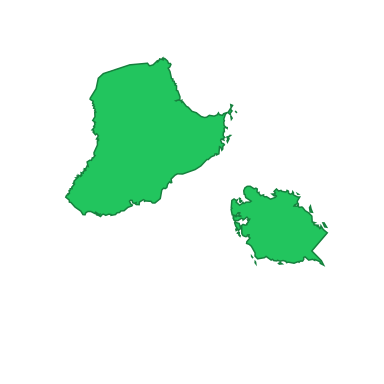 the district of Bombana, Sulawesi Tenggara, Indonesia, rotated 313°
{"feature_id": "22746128B28760414544557", "entity_name": "Bombana", "entity_type": "district", "adm_level": 2, "iso_a3": "IDN", "parent_name": "Indonesia", "parent_adm1": "Sulawesi Tenggara", "projection": "mercator", "projection_center": [121.865, -4.925], "detail": "fine", "context": "isolated", "style": "filled", "palette": "green", "viewbox_px": 384, "rotation_deg": 313, "n_neighbors": 0, "source": "geoboundaries", "source_scale": "gbopen_adm2", "svg_char_len": 6102}
<svg xmlns="http://www.w3.org/2000/svg" viewBox="0 0 384 384"><g transform="rotate(313 192 192)"><path d="M218.1,46.4L211.3,45.9L202.2,51.4L191.2,53.6L190.3,54.3L191.0,57.8L189.0,58.8L189.1,60.4L187.6,60.6L188.1,62.2L186.2,62.9L186.6,64.1L186.1,65.2L184.9,65.5L184.9,67.1L183.8,66.7L180.9,69.7L176.6,70.6L177.0,73.6L176.3,73.3L175.2,75.0L172.9,75.4L173.1,76.5L169.3,76.6L170.0,77.7L169.1,79.3L168.4,78.9L168.0,82.4L169.6,82.6L169.2,85.3L165.7,86.0L166.7,87.3L165.7,87.4L166.1,88.3L164.3,88.4L161.9,90.8L153.9,93.5L152.4,95.1L152.6,96.2L149.6,96.5L149.0,95.8L146.6,96.9L145.6,95.6L142.4,94.8L140.0,98.5L139.8,97.4L136.4,98.5L135.8,97.7L135.6,98.8L134.8,98.3L135.0,99.3L132.8,98.4L131.6,99.6L130.5,97.7L128.9,100.1L127.5,99.9L128.0,98.9L126.7,98.4L126.7,97.4L125.6,98.4L125.4,97.2L124.2,98.4L123.3,97.6L123.4,98.5L119.4,98.3L119.0,99.2L117.3,99.2L117.6,100.7L113.5,100.8L112.6,102.0L111.3,100.7L109.9,101.8L109.2,101.2L107.5,103.2L106.1,102.5L105.8,103.3L104.1,102.5L102.1,103.2L102.4,107.7L101.0,109.2L101.8,110.7L101.2,116.7L102.2,123.7L101.1,127.7L102.4,129.3L104.5,128.5L106.7,129.1L108.8,131.4L110.0,135.6L111.2,135.7L111.5,134.7L112.1,139.4L112.9,139.8L111.4,140.6L111.7,141.8L114.4,141.7L115.5,142.5L116.1,144.8L119.1,146.3L120.3,148.1L119.7,148.7L123.3,151.4L125.7,151.4L127.6,153.0L129.6,152.9L132.0,155.1L137.1,155.6L140.8,157.5L141.8,157.3L141.4,155.4L142.6,152.5L144.0,152.6L145.0,153.9L143.7,156.0L144.3,157.5L146.1,158.4L144.7,159.0L144.8,159.8L146.7,162.0L148.8,160.4L153.3,161.7L153.7,163.4L152.2,163.6L153.5,163.8L157.2,168.4L157.0,170.5L158.7,172.4L165.5,173.3L172.9,168.5L175.4,168.6L176.2,170.1L178.1,170.5L181.0,168.9L184.2,168.6L184.3,170.3L185.1,170.7L187.2,167.9L192.7,168.1L195.4,169.0L198.8,172.9L210.6,179.0L217.2,180.7L225.9,180.7L226.7,181.7L231.0,182.1L234.1,183.6L235.6,182.9L236.7,183.9L236.0,184.7L238.3,185.6L243.9,181.2L244.3,182.6L242.9,185.3L244.4,185.2L246.4,183.4L248.6,183.5L248.9,182.1L248.0,180.6L249.4,177.6L250.7,177.3L251.7,179.8L252.4,178.3L254.2,178.8L254.5,176.3L257.2,174.2L258.2,174.6L260.5,171.9L262.2,172.5L262.5,174.3L263.1,173.8L262.4,172.6L262.5,170.1L264.7,167.6L266.3,167.0L266.8,165.6L271.7,163.4L274.5,163.7L270.8,161.7L268.8,162.0L267.2,159.2L267.9,157.4L265.5,157.8L262.6,156.5L259.9,152.4L256.6,151.7L254.9,150.2L253.4,147.1L252.9,141.1L251.0,137.0L251.4,131.4L250.8,129.5L251.7,123.8L250.7,123.4L252.2,122.0L251.0,121.6L250.6,120.1L249.2,118.8L247.8,118.3L247.7,118.0L251.4,120.0L253.4,118.3L256.3,112.6L255.7,111.4L259.1,108.3L258.7,106.5L260.1,106.3L259.6,105.0L260.8,103.5L260.1,102.0L261.6,101.1L261.0,99.6L265.1,93.7L266.3,90.1L268.2,90.5L270.9,89.6L271.2,88.5L270.0,87.1L271.1,84.8L271.0,80.9L269.8,80.4L270.4,79.3L269.5,79.2L268.9,80.5L267.3,77.6L266.4,78.2L264.6,77.3L264.5,78.2L263.7,78.2L263.3,77.1L258.4,76.8L256.2,75.5L255.3,74.7L255.8,71.6L242.6,59.8L218.1,46.4ZM254.4,318.8L254.1,313.5L255.2,309.4L253.2,310.8L252.4,310.4L253.1,308.4L252.3,307.2L253.7,307.0L251.3,303.8L252.1,302.3L253.4,302.9L252.1,300.3L256.1,296.1L256.3,291.6L255.5,287.5L256.1,283.9L256.0,282.6L253.9,280.9L254.1,279.4L251.3,276.2L252.6,275.9L255.5,277.0L257.2,275.2L261.8,274.2L260.4,272.7L259.3,269.2L259.3,267.4L260.5,267.0L260.9,265.5L259.3,266.4L257.4,265.4L257.0,263.5L258.4,261.9L258.0,260.4L256.9,260.9L255.7,260.3L253.7,257.1L253.9,256.0L251.8,254.7L251.8,251.7L248.4,251.6L248.2,253.6L246.6,253.4L245.1,252.0L245.2,254.8L246.6,255.1L246.6,256.5L244.9,256.6L240.3,254.3L239.4,249.6L238.0,248.5L237.9,247.0L238.7,246.3L236.1,244.7L236.7,241.6L237.4,241.3L236.4,240.5L236.5,239.3L238.7,237.7L238.4,236.1L236.7,235.3L235.9,230.7L233.8,228.5L231.1,227.9L228.2,229.0L225.9,231.7L226.3,232.5L224.6,235.1L225.7,241.5L224.0,241.2L221.4,238.4L219.4,238.1L218.8,237.4L219.5,235.9L218.5,236.8L214.8,235.8L214.7,231.2L217.2,230.5L216.0,230.1L215.6,227.5L213.0,226.9L207.3,231.4L207.4,232.3L206.1,232.3L202.7,237.0L204.6,240.3L208.4,239.9L209.9,241.7L208.7,241.0L207.3,241.8L207.7,244.1L206.9,243.8L205.3,241.1L203.9,241.1L203.2,237.9L201.2,239.8L202.3,240.3L200.9,240.1L200.0,242.1L202.3,245.1L206.4,246.0L207.0,247.6L206.3,248.5L211.1,249.3L210.8,251.9L211.5,252.7L210.4,253.1L209.5,251.7L208.6,253.7L206.1,253.7L205.6,254.4L204.0,253.5L203.1,251.4L200.4,251.0L200.5,252.0L195.5,256.9L194.9,259.1L195.8,261.5L196.9,262.5L198.4,261.8L199.6,262.9L197.9,263.9L197.9,265.8L193.1,266.0L191.6,267.0L192.7,269.5L192.8,272.4L190.5,279.7L188.1,281.8L187.9,285.6L193.4,289.8L195.4,290.1L196.2,296.3L197.7,296.8L197.6,298.6L199.5,301.1L200.4,301.1L201.5,303.7L204.0,305.3L205.3,308.0L204.8,309.3L206.4,310.3L209.5,315.2L213.6,317.2L213.6,318.2L215.3,318.3L216.9,320.0L218.9,319.7L220.3,318.3L221.7,318.9L221.8,323.8L225.0,326.1L225.7,328.4L226.5,328.0L228.3,333.1L227.3,334.5L228.3,338.1L230.0,333.5L230.6,319.8L254.4,318.8ZM198.6,252.5L201.2,247.8L199.8,245.3L199.9,243.6L198.6,244.1L196.9,247.2L195.7,252.2L198.6,252.5ZM259.3,293.9L260.9,290.5L262.5,288.2L260.7,288.6L258.0,292.0L259.3,293.9ZM280.0,163.1L274.7,164.1L274.7,167.4L275.6,166.3L278.6,166.0L278.6,164.4L280.0,163.1ZM258.1,314.5L259.5,309.7L258.7,308.8L257.0,312.8L258.1,314.5ZM256.0,180.1L255.2,182.2L253.3,182.7L252.7,183.9L256.2,182.8L256.2,181.9L258.0,181.1L256.0,180.1ZM200.9,306.9L200.6,304.7L198.8,304.0L198.8,305.0L200.9,306.9ZM111.4,140.1L111.0,136.1L110.8,136.0L110.2,137.7L111.4,140.1ZM283.0,162.6L282.3,160.8L280.4,163.1L283.0,162.6ZM194.7,254.1L194.3,253.3L192.9,253.3L193.5,255.1L194.7,254.1ZM194.7,249.4L193.9,250.6L195.4,251.1L195.6,249.8L194.7,249.4ZM273.4,171.0L274.1,168.5L272.0,171.2L273.4,171.0ZM192.9,257.1L192.6,255.0L192.4,257.3L192.9,257.1ZM183.1,287.5L184.1,286.3L184.2,285.7L183.3,286.4L183.1,287.5ZM219.0,233.5L218.3,233.4L217.3,233.6L217.7,234.6L218.6,234.4L219.0,233.5ZM185.3,281.8L185.7,279.4L185.5,279.6L185.3,281.8ZM219.1,232.1L220.1,231.8L219.9,231.2L219.1,232.1ZM219.6,234.2L219.2,233.6L218.6,235.0L219.6,234.2ZM280.5,170.9L280.7,168.8L280.6,168.4L280.5,170.9ZM254.4,278.4L255.0,278.7L255.4,278.3L254.4,278.4ZM259.3,181.2L258.7,181.5L259.6,181.6L259.3,181.2ZM262.5,271.0L262.9,271.3L262.7,270.4L262.5,271.0Z" fill="#22c55e" stroke="#15803d" stroke-width="1.5"/></g></svg>